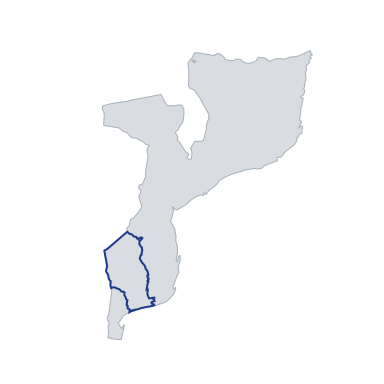 location of Gaza within Mozambique, rotated 8°
{"feature_id": "MOZ-1207", "entity_name": "Gaza", "entity_type": "Province", "adm_level": 1, "iso_a3": "MOZ", "parent_name": "Mozambique", "parent_adm1": "", "projection": "albers", "projection_center": [33.324, -23.335], "detail": "fine", "context": "in_parent", "style": "outline", "palette": "blue", "viewbox_px": 384, "rotation_deg": 8, "n_neighbors": 0, "source": "natural_earth", "source_scale": "10m", "svg_char_len": 8353}
<svg xmlns="http://www.w3.org/2000/svg" viewBox="0 0 384 384"><g transform="rotate(8 192 192)"><path d="M113.5,262.1L116.0,260.1L132.8,241.2L133.8,240.5L132.4,237.4L134.6,233.8L134.9,228.1L135.6,227.2L138.2,225.3L141.7,219.5L144.0,215.0L144.2,212.8L141.0,206.7L140.0,203.5L141.0,200.6L141.3,198.0L140.9,197.1L138.8,196.0L138.5,194.8L138.5,193.4L138.9,192.6L141.4,191.4L141.9,190.7L143.9,183.5L143.2,178.2L143.2,172.0L143.6,165.7L143.4,162.1L141.8,158.0L141.7,155.0L142.8,152.9L143.0,151.7L139.1,151.1L137.1,149.4L129.8,146.7L124.1,146.4L119.3,142.3L115.6,141.6L110.8,138.7L95.8,138.4L95.2,138.1L94.5,129.0L93.9,126.0L91.9,122.9L91.4,120.6L91.5,119.2L99.8,115.7L116.1,110.8L119.7,109.2L147.7,99.8L148.5,100.4L151.3,105.1L156.0,110.4L157.1,109.7L163.8,108.9L164.8,108.2L166.8,107.7L169.2,107.4L170.0,107.7L172.4,111.1L173.3,117.3L173.3,121.5L173.0,124.5L171.0,128.0L169.5,132.4L167.4,134.7L167.4,135.9L169.8,138.5L170.3,139.6L170.1,141.9L170.5,142.8L172.6,144.2L174.2,146.4L180.1,152.8L181.6,154.0L182.8,154.2L183.4,155.5L183.1,156.9L182.1,157.8L182.5,159.0L183.6,159.9L186.4,159.8L186.7,159.4L186.6,153.8L185.7,150.5L184.5,149.0L186.9,143.0L188.2,141.3L192.8,140.7L194.8,140.2L195.7,139.5L196.4,137.6L197.0,132.2L197.3,127.2L196.9,124.2L197.6,119.8L198.7,117.1L198.2,116.5L197.9,112.8L186.7,97.8L180.3,91.1L179.2,90.4L175.6,89.8L173.8,87.4L172.3,74.1L170.0,64.5L173.8,58.2L175.1,54.2L175.9,53.6L179.1,53.4L190.6,53.6L193.4,54.0L194.7,53.7L197.8,51.3L200.2,51.3L203.5,53.0L205.3,54.4L205.6,55.6L207.8,56.3L211.9,56.6L214.9,56.0L216.8,54.7L218.8,54.0L220.9,53.9L222.4,54.4L223.4,55.5L225.4,56.3L228.4,56.9L231.7,56.3L235.3,54.6L237.4,52.8L238.6,49.7L239.3,49.3L244.3,49.1L246.9,49.8L250.3,51.9L256.3,48.6L260.1,47.6L263.6,47.7L266.6,47.0L269.0,45.4L271.4,44.5L276.4,43.4L279.8,41.8L289.4,35.5L290.3,37.5L292.1,39.4L289.6,41.2L291.7,42.6L290.0,44.4L289.7,45.7L290.4,47.0L289.3,49.1L287.8,50.7L287.4,51.9L288.5,54.2L287.7,58.1L289.3,64.8L288.6,67.0L288.7,72.2L288.0,74.1L289.1,74.8L289.6,76.9L288.9,80.5L286.8,81.9L286.5,83.4L289.1,83.6L288.8,88.1L288.4,89.5L288.9,91.0L288.1,92.7L288.6,100.0L288.5,105.4L288.6,106.2L290.7,107.2L290.5,108.7L289.1,110.5L289.0,113.4L290.7,111.2L291.6,111.3L292.4,112.2L292.2,115.4L292.6,117.0L292.4,118.4L289.7,120.9L289.4,123.5L288.4,123.8L287.9,124.4L288.5,125.9L288.4,127.2L286.5,131.2L277.5,140.6L277.3,142.2L275.0,145.2L272.6,145.6L271.3,146.4L272.2,149.1L260.6,155.5L259.5,156.4L257.5,158.9L253.8,160.0L249.7,160.1L249.0,160.6L239.8,163.4L238.0,164.9L234.1,166.2L227.9,169.4L222.8,172.5L217.0,177.3L216.2,179.9L213.5,183.3L209.4,187.2L207.0,190.6L206.8,192.1L205.4,192.5L204.2,191.0L203.6,193.8L202.7,193.9L201.6,193.4L196.6,196.2L192.8,199.4L187.4,205.7L179.7,211.8L178.0,212.0L175.6,209.8L174.3,209.6L176.2,212.0L176.0,217.2L175.0,223.2L175.2,224.6L180.1,231.1L182.5,238.7L182.6,242.6L185.1,247.5L186.1,255.1L185.8,262.0L186.9,263.2L187.4,262.2L187.7,257.8L188.4,256.6L189.0,256.8L189.6,259.2L189.8,261.7L188.8,267.1L189.1,269.4L190.2,273.1L188.7,277.4L186.4,289.2L186.8,290.0L188.0,290.3L188.4,289.0L189.1,289.0L189.4,289.8L188.4,294.5L187.5,296.5L184.1,301.5L182.4,303.6L179.4,305.7L172.6,309.0L159.0,313.7L150.4,317.4L143.7,321.8L140.7,324.8L139.5,328.3L137.2,331.8L139.2,334.8L141.7,336.9L142.9,333.4L143.6,333.4L142.4,348.2L133.2,348.5L130.5,348.0L129.0,348.1L128.8,341.9L127.7,337.3L128.1,334.0L128.0,332.2L126.0,331.0L125.5,327.5L126.6,324.7L126.4,302.0L123.0,291.0L118.4,283.1L118.1,279.1L116.0,270.3L113.5,262.1ZM176.3,63.7L177.5,63.1L177.7,62.0L176.9,61.5L176.2,61.6L175.9,63.3L176.3,63.7ZM175.5,61.7L174.5,60.8L173.8,61.0L173.6,61.7L174.3,62.6L175.1,62.7L175.5,61.7Z" fill="#d9dde1" stroke="#a8b0b8" stroke-width="1"/><path d="M134.2,240.8L134.1,240.7L134.9,241.4L135.9,242.0L136.2,242.2L137.4,242.1L137.8,242.2L138.5,242.5L140.5,244.0L140.8,244.2L141.1,244.2L141.4,244.3L142.5,244.1L143.0,244.2L143.3,244.4L143.6,244.7L143.7,245.0L143.8,245.6L144.2,245.7L144.6,245.7L144.7,245.9L145.1,246.1L145.4,246.3L145.6,245.9L145.7,245.6L146.0,245.2L146.4,244.9L146.7,244.7L147.8,244.2L148.1,244.1L148.5,244.2L149.2,244.5L149.1,244.9L149.0,245.1L148.9,245.3L148.4,245.9L148.1,246.4L148.0,246.6L147.8,246.7L147.6,247.0L147.2,247.4L147.0,247.7L146.9,247.9L146.9,248.0L146.8,248.3L146.8,248.5L147.1,249.5L147.1,249.8L147.0,250.0L147.0,250.3L147.0,250.5L147.1,250.8L148.9,253.1L150.2,254.1L150.2,254.7L150.2,255.0L150.3,255.3L150.9,256.2L150.9,256.4L150.9,256.6L150.9,257.1L150.6,258.3L150.7,258.9L150.7,259.3L150.7,259.6L150.7,259.9L150.9,260.6L150.9,261.0L150.8,261.3L150.7,261.4L150.2,261.5L150.0,261.8L149.9,261.9L149.9,262.6L149.7,263.3L149.5,264.4L149.5,264.5L149.6,264.9L149.8,265.4L150.8,267.1L151.1,267.3L151.3,267.4L151.4,267.5L151.5,267.7L151.7,268.0L151.8,268.2L152.2,268.7L152.5,269.1L153.0,269.4L153.2,269.5L153.3,269.6L153.7,269.9L154.1,270.2L154.2,270.3L154.3,270.4L154.4,270.6L154.5,270.8L155.0,271.1L155.4,271.5L155.7,272.0L156.3,272.9L156.4,273.3L156.5,273.7L156.5,274.0L156.6,274.3L156.8,274.4L156.9,274.5L157.0,274.7L157.1,274.8L157.3,274.9L157.5,275.1L157.7,275.4L157.8,275.5L158.0,275.6L158.3,275.9L158.5,276.1L159.0,277.0L159.3,277.3L159.4,277.5L159.4,277.8L159.4,278.0L159.7,278.6L159.8,279.0L159.8,279.5L159.9,279.8L160.0,279.9L160.1,280.0L160.3,280.1L160.4,280.3L160.3,280.5L159.7,280.7L159.4,280.8L159.3,281.0L159.4,281.3L159.6,281.7L159.6,281.9L159.6,282.0L159.9,282.4L159.9,282.5L160.0,282.6L160.0,282.9L160.1,283.1L160.3,283.3L160.7,283.3L160.8,283.3L160.9,283.5L161.1,283.9L161.2,284.1L161.1,284.3L161.0,284.5L160.9,284.6L161.0,284.7L161.1,284.8L161.1,285.1L160.9,285.3L160.7,285.5L160.6,285.8L160.2,286.1L160.2,286.4L160.3,286.5L160.5,286.4L160.8,286.3L161.0,286.3L161.3,286.9L161.4,287.1L161.3,287.3L161.2,287.4L161.1,287.5L161.1,287.8L160.9,288.2L160.8,288.3L160.8,288.7L160.8,289.1L160.8,289.4L160.7,289.6L160.7,289.9L160.8,290.3L160.8,290.5L160.7,290.7L160.7,290.8L160.8,292.1L160.8,292.5L160.8,292.8L160.7,292.9L160.7,293.0L160.5,293.4L160.5,293.6L160.6,294.2L160.7,294.4L160.7,294.6L160.8,294.5L161.0,294.4L161.3,294.5L161.5,294.6L161.8,294.6L161.9,298.8L162.0,299.1L162.0,299.4L164.2,303.2L164.3,303.4L165.2,303.2L165.9,303.0L166.1,302.9L166.3,302.8L166.5,302.7L166.8,302.6L167.0,302.6L167.2,302.4L167.3,302.4L167.5,302.3L167.8,302.3L168.0,302.2L168.5,302.1L169.2,301.9L169.3,301.8L169.5,301.9L169.5,302.0L169.4,302.3L168.9,302.8L168.7,303.0L168.6,303.3L168.8,303.5L170.1,304.9L170.2,305.1L167.6,306.5L167.3,306.6L167.2,306.8L167.2,307.0L167.3,307.3L167.3,307.5L167.4,307.8L167.5,308.0L167.9,308.3L169.3,308.4L169.9,308.6L170.4,309.5L168.1,310.5L167.6,310.6L165.7,311.5L164.7,311.6L160.7,313.0L157.1,314.4L154.6,315.7L152.5,316.5L149.9,317.9L149.2,318.1L149.2,317.9L149.5,317.8L149.8,317.6L150.0,317.4L150.2,317.1L149.9,317.2L149.2,317.6L149.1,317.8L148.9,317.9L148.4,318.0L148.1,318.1L148.2,318.5L148.3,318.4L148.6,318.3L148.3,318.8L147.9,319.0L147.0,319.4L146.7,319.7L146.6,318.8L146.6,318.7L146.7,318.4L146.8,318.0L146.8,317.8L146.7,317.5L146.7,317.4L146.6,317.2L146.5,316.9L146.4,316.8L146.3,316.7L146.0,316.6L145.7,316.5L144.5,316.3L144.4,316.3L144.3,316.1L144.3,315.9L144.4,315.6L144.3,314.9L144.3,314.5L144.3,314.3L144.3,314.2L144.3,313.9L144.2,313.7L143.8,313.5L143.7,313.4L143.3,313.4L143.2,313.3L143.0,313.1L142.9,311.0L142.9,310.9L143.0,310.9L143.1,310.7L143.1,310.3L142.9,310.0L142.9,309.7L142.9,309.4L143.2,308.3L143.2,308.1L142.1,307.6L141.9,307.4L141.6,307.2L141.4,306.9L141.3,306.5L141.3,306.2L141.2,306.1L140.1,304.4L139.4,303.6L139.3,303.4L139.2,301.4L139.2,301.1L139.2,300.9L139.0,300.7L138.9,300.7L138.4,300.5L138.2,300.4L137.8,300.2L137.5,300.3L137.0,300.5L136.9,300.5L136.6,300.5L136.2,300.4L135.7,300.0L135.2,299.8L134.1,298.7L133.8,298.5L133.5,298.4L131.4,298.1L131.0,297.9L130.9,297.8L130.3,297.7L130.0,297.6L129.9,297.6L129.7,297.4L128.6,297.3L128.2,297.1L127.9,297.1L125.6,298.2L125.3,298.4L124.3,296.2L124.1,295.4L124.0,292.0L123.9,291.7L123.7,291.4L122.5,290.6L122.2,290.3L121.9,289.9L121.2,288.2L120.5,285.8L120.1,285.1L118.4,283.2L118.0,282.6L117.9,281.8L118.2,277.3L118.1,276.7L116.9,272.9L116.1,270.6L115.1,267.7L114.2,264.9L113.3,262.4L113.5,262.1L114.9,261.0L116.1,260.2L117.0,259.1L117.9,258.0L118.9,257.0L119.8,255.9L121.7,253.8L122.6,252.7L123.5,251.6L124.5,250.6L126.3,248.5L127.3,247.4L128.2,246.3L129.1,245.3L130.1,244.2L131.0,243.1L132.0,242.1L132.8,241.1L133.5,240.4L134.2,240.8Z" fill="none" stroke="#1e3a8a" stroke-width="2"/></g></svg>